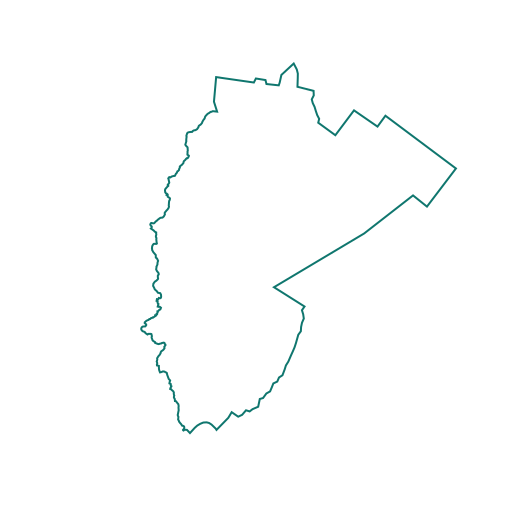 outline of Apostoles, Misiones, Argentina, rotated 31°
{"feature_id": "61730980B76555431598408", "entity_name": "Apostoles", "entity_type": "district", "adm_level": 2, "iso_a3": "ARG", "parent_name": "Argentina", "parent_adm1": "Misiones", "projection": "natural_earth1", "projection_center": [-55.748, -27.916], "detail": "fine", "context": "isolated", "style": "outline", "palette": "teal", "viewbox_px": 512, "rotation_deg": 31, "n_neighbors": 0, "source": "geoboundaries", "source_scale": "gbopen_adm2", "svg_char_len": 6112}
<svg xmlns="http://www.w3.org/2000/svg" viewBox="0 0 512 512"><g transform="rotate(31 256 256)"><path d="M290.6,441.8L292.0,434.8L293.0,431.6L294.6,428.6L296.6,425.9L299.4,424.0L301.8,423.3L304.7,423.4L310.3,424.7L311.7,425.4L315.6,409.0L315.6,402.4L323.5,402.9L325.9,399.3L326.9,393.4L330.6,392.5L331.9,389.1L335.5,384.1L332.9,376.6L335.2,374.1L335.7,368.5L337.8,364.8L337.2,360.5L336.5,356.3L338.9,352.7L338.3,348.3L340.1,344.6L339.0,338.5L338.0,334.4L338.1,329.9L337.2,323.3L336.7,318.9L336.1,314.5L335.1,310.1L332.8,301.7L333.2,297.4L331.2,293.6L329.8,289.5L329.2,285.0L326.5,281.7L323.3,278.8L323.6,274.3L287.5,273.5L337.1,181.0L359.4,123.2L377.1,125.6L382.3,78.0L294.7,69.1L293.5,82.5L265.0,80.7L261.8,111.6L240.7,109.7L239.5,105.9L235.9,103.7L232.6,100.9L229.4,98.0L225.9,95.7L223.1,93.0L222.8,88.6L220.3,84.8L204.4,89.6L200.1,81.9L197.9,78.1L194.9,75.1L189.2,71.6L184.5,87.7L187.0,95.2L187.6,98.0L176.4,103.2L173.5,100.3L164.5,103.9L164.8,108.4L129.7,123.2L140.5,145.4L148.3,152.3L144.4,154.1L143.5,155.4L142.8,155.9L142.3,157.3L141.3,159.1L140.7,161.9L140.7,163.1L141.1,164.4L141.1,165.3L140.9,165.8L140.9,168.5L141.1,169.3L141.2,169.9L140.9,171.8L140.0,173.7L140.0,174.3L140.3,175.3L140.3,176.1L140.2,176.6L140.2,177.6L139.3,179.3L138.2,180.2L137.7,180.9L137.4,181.6L137.4,182.4L137.0,182.8L136.3,183.1L135.7,183.7L135.1,184.1L134.5,184.7L133.9,185.5L133.8,186.3L134.4,188.8L134.8,189.3L135.1,189.5L135.8,191.2L136.1,191.7L136.5,192.7L137.1,193.3L138.1,197.0L138.6,197.3L139.4,197.6L140.0,197.8L140.4,197.8L141.1,198.0L141.8,198.6L142.1,199.2L143.2,200.7L143.6,202.0L144.0,202.5L144.4,203.2L144.7,204.0L145.1,204.5L146.2,204.5L146.8,204.6L147.0,205.0L147.1,205.9L147.1,207.0L146.6,207.9L146.3,207.9L146.0,208.8L145.9,210.1L145.7,210.7L145.4,211.5L145.4,212.4L145.9,213.7L145.8,214.4L145.4,216.4L145.1,216.9L144.6,218.5L145.2,219.4L145.2,220.1L145.3,221.1L145.7,221.8L145.4,223.4L145.0,224.0L145.3,225.4L145.0,226.8L145.2,229.0L145.0,229.3L144.3,229.7L142.7,231.4L142.2,232.7L141.1,233.0L140.9,233.4L141.0,233.9L140.8,234.6L141.6,235.2L141.8,235.6L142.7,236.5L143.3,237.2L143.7,237.5L143.9,238.1L143.9,238.6L143.9,239.3L143.6,240.2L143.8,240.7L144.2,240.7L144.5,240.8L144.7,241.1L144.4,241.9L144.2,243.0L144.0,243.6L144.0,244.3L143.8,245.0L143.8,245.6L144.0,246.2L144.4,247.0L144.9,247.4L145.2,248.0L145.9,248.4L146.6,248.7L147.3,248.5L147.9,248.6L147.9,249.2L148.0,249.6L148.6,249.2L149.0,249.2L149.1,249.8L149.7,250.6L150.2,250.7L152.0,250.7L152.7,251.1L153.2,252.4L153.2,253.5L153.8,254.9L154.2,255.6L154.3,255.9L154.8,256.7L154.9,257.1L155.3,257.8L155.8,258.2L156.2,259.2L156.3,260.0L156.2,261.9L155.8,263.3L155.8,263.9L155.5,265.4L155.5,265.9L155.7,266.4L156.4,267.1L156.5,267.4L156.6,269.6L156.1,271.2L154.5,272.4L154.0,273.3L153.4,274.9L153.1,275.5L152.9,276.6L152.3,278.0L151.9,280.0L151.6,280.6L151.0,281.0L150.7,281.1L149.4,281.5L149.1,281.8L149.0,282.2L149.1,283.3L149.4,283.7L149.9,284.0L150.4,284.2L151.4,284.4L151.9,285.3L151.9,286.2L151.8,286.6L155.1,286.8L156.8,287.3L157.4,287.2L158.3,287.2L158.5,287.8L159.0,288.3L159.4,288.8L159.7,289.5L159.9,290.5L160.5,291.3L161.2,291.7L161.7,292.4L161.9,293.0L163.1,294.6L163.7,295.4L164.6,296.3L164.6,296.5L164.3,297.0L162.6,297.9L162.1,298.3L161.9,299.2L161.9,300.0L162.0,301.1L162.9,303.1L163.4,303.5L163.8,304.3L166.0,305.6L169.6,306.8L170.9,308.9L172.1,309.2L172.4,309.1L174.6,310.6L174.9,312.1L175.4,313.2L175.8,313.8L175.9,314.2L176.1,315.6L176.1,316.3L176.5,316.9L177.3,318.9L178.8,319.9L181.0,320.7L181.9,321.5L182.1,321.9L182.1,322.1L181.9,323.2L182.6,324.5L183.7,325.8L183.8,326.1L183.8,326.6L183.3,328.5L182.5,330.1L182.3,332.6L183.2,334.6L185.2,335.8L186.2,336.6L187.6,337.0L188.7,337.1L190.9,338.0L193.1,337.2L194.5,338.1L195.7,339.8L196.0,340.8L195.5,341.7L194.3,342.0L194.4,343.3L194.0,343.7L193.3,344.0L193.9,345.7L195.0,345.4L195.4,346.4L196.5,347.4L197.1,347.4L197.8,350.0L198.8,349.7L199.3,349.2L199.8,349.1L201.2,349.3L201.4,350.3L201.5,350.8L201.4,351.3L201.1,351.5L200.9,351.8L200.8,352.3L200.5,353.7L200.0,354.2L200.8,355.1L200.7,356.1L201.1,356.7L200.6,357.2L201.0,357.8L201.1,358.3L200.1,358.8L200.5,359.6L199.7,361.3L199.2,361.7L199.3,362.1L198.1,363.1L197.8,364.4L197.0,365.0L197.0,365.6L196.7,366.3L196.1,366.9L195.4,368.1L194.8,370.1L195.1,370.8L197.1,371.2L197.5,371.8L197.4,373.3L195.3,374.8L194.9,375.6L194.8,376.3L195.0,377.2L195.2,377.7L195.9,378.3L196.8,378.7L197.9,378.8L199.3,378.5L200.0,378.5L200.9,379.0L203.4,379.2L203.6,378.9L203.8,378.2L205.8,377.0L206.5,376.8L207.6,377.8L207.8,378.1L208.1,378.4L208.2,379.0L208.6,379.8L210.3,381.1L210.4,381.3L211.2,381.7L212.4,381.8L213.9,381.8L214.2,382.1L214.3,382.4L215.9,382.2L217.7,381.8L218.6,381.0L218.8,380.6L219.9,379.7L220.1,379.1L220.6,378.7L220.9,378.3L221.2,378.0L221.8,377.7L222.3,377.7L222.5,378.0L223.4,378.5L223.8,378.5L224.3,378.9L224.3,379.2L224.2,380.7L224.2,381.2L224.9,381.9L225.1,382.3L224.9,384.1L224.7,384.7L223.9,386.5L223.9,387.7L224.3,388.5L224.3,390.6L224.2,391.1L224.0,391.6L223.9,394.4L224.1,394.9L224.6,395.4L224.9,396.1L225.0,396.7L225.3,397.7L225.7,397.9L226.6,398.8L226.9,400.0L227.5,400.8L229.3,400.2L231.0,402.8L231.7,403.6L233.0,404.7L233.7,405.2L234.7,404.2L235.7,402.8L237.2,402.2L237.7,402.2L238.2,402.3L239.0,402.1L239.8,402.2L241.1,403.6L244.6,406.4L245.9,406.7L246.5,406.9L246.9,408.6L247.4,409.8L248.7,409.6L249.0,409.7L249.3,410.5L250.1,411.2L250.6,411.2L250.7,411.5L250.6,412.2L250.7,413.6L251.0,414.2L251.8,413.9L252.1,414.0L252.5,414.2L254.8,414.6L255.7,415.2L256.1,415.6L256.3,416.2L256.7,416.7L257.2,417.3L257.8,417.7L257.9,418.2L258.3,419.3L258.7,419.7L260.0,420.4L260.3,420.8L261.2,422.0L261.7,421.7L262.2,421.7L262.8,422.0L263.6,422.2L264.4,422.6L265.5,422.9L266.3,423.6L267.0,424.5L267.6,425.8L269.2,428.1L269.8,429.9L270.5,431.7L270.6,432.2L271.2,433.1L272.3,433.8L272.9,435.0L273.4,436.2L274.4,436.8L274.8,437.0L275.1,437.4L275.5,437.7L276.0,437.8L277.1,438.3L278.0,438.5L280.1,439.5L280.7,439.2L281.5,439.1L282.2,439.2L282.9,440.0L283.1,440.5L283.2,441.7L283.0,442.6L283.3,442.9L283.8,442.9L284.2,441.7L284.4,441.5L284.8,441.4L286.4,440.6L290.6,441.8Z" fill="none" stroke="#0f766e" stroke-width="2"/></g></svg>